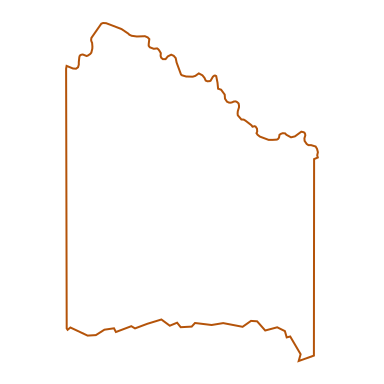 Red River, Texas, United States of America (Robinson projection)
{"feature_id": "52423323B35361747398086", "entity_name": "Red River", "entity_type": "district", "adm_level": 2, "iso_a3": "USA", "parent_name": "United States of America", "parent_adm1": "Texas", "projection": "robinson", "projection_center": [-95.01, 33.64], "detail": "fine", "context": "isolated", "style": "outline", "palette": "amber", "viewbox_px": 384, "rotation_deg": 0, "n_neighbors": 0, "source": "geoboundaries", "source_scale": "gbopen_adm2", "svg_char_len": 1912}
<svg xmlns="http://www.w3.org/2000/svg" viewBox="0 0 384 384"><path d="M286.7,337.4L290.2,336.5L300.6,354.2L298.7,361.0L313.9,355.6L314.1,159.1L317.8,157.5L317.2,155.3L317.9,152.2L317.0,148.8L315.6,146.5L311.0,145.1L308.4,145.1L306.7,144.0L304.6,140.9L304.4,138.3L305.3,135.4L305.1,133.9L304.4,132.6L303.2,132.1L301.3,131.7L294.9,136.4L291.0,137.3L286.4,134.8L285.1,133.4L282.7,133.2L280.8,133.9L279.5,134.8L279.0,137.6L278.1,138.9L276.9,139.6L272.1,139.9L268.7,139.9L259.9,136.6L257.6,134.8L256.5,133.2L257.2,131.5L257.0,128.7L255.6,126.6L254.6,126.2L252.5,126.7L251.5,125.3L245.4,120.6L243.7,119.6L241.4,119.5L237.8,115.3L237.6,113.6L237.8,111.2L239.0,107.3L239.0,105.7L238.6,103.5L237.9,102.8L236.8,101.9L235.7,101.4L233.9,101.5L232.2,102.3L230.7,102.7L229.0,102.6L227.0,101.7L225.0,98.7L224.7,94.6L221.1,89.7L218.1,88.7L217.5,82.7L216.2,76.1L215.0,75.5L214.2,75.7L212.9,76.7L210.6,80.7L209.8,81.1L207.5,81.3L205.7,80.6L204.5,77.9L202.4,75.3L198.8,73.4L195.3,75.9L192.7,76.7L186.1,76.5L182.0,75.3L181.0,74.5L176.6,62.5L175.7,58.1L173.7,55.8L171.2,54.7L167.8,56.4L165.6,59.1L162.8,59.1L161.2,57.7L160.6,55.9L160.8,53.1L159.2,50.4L158.2,49.2L157.1,48.4L153.8,48.8L149.8,47.3L148.7,45.8L148.7,44.2L149.3,39.1L147.7,37.4L144.9,36.2L136.8,36.5L134.0,36.1L131.7,35.8L129.3,34.7L128.4,33.7L121.6,29.1L106.2,23.2L103.1,23.0L101.3,23.7L91.4,37.9L91.1,40.0L91.4,41.3L92.1,42.9L92.4,46.6L92.3,48.7L91.3,52.7L90.2,54.0L87.8,55.6L86.6,56.0L82.8,54.5L81.5,54.7L80.4,55.1L79.6,56.1L79.3,57.3L78.8,62.1L78.8,64.6L78.0,67.3L76.0,68.7L73.0,68.5L66.6,65.9L66.1,68.7L66.7,328.4L67.6,329.8L70.4,327.5L87.6,335.6L95.9,335.1L104.4,329.7L114.0,328.3L115.9,332.0L131.3,326.2L135.0,328.4L147.3,323.8L161.4,319.5L169.8,325.7L177.1,322.7L180.7,327.2L191.7,326.6L195.0,323.0L211.6,325.0L223.2,323.1L242.6,326.8L251.0,320.9L257.1,321.3L265.2,330.5L277.2,327.3L284.9,331.1L286.7,337.4Z" fill="none" stroke="#b45309" stroke-width="2"/></svg>